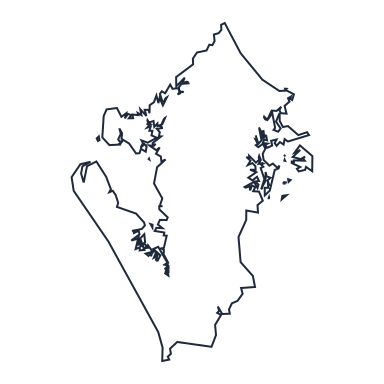 the district of Rodney Local Board Area, Auckland, New Zealand
{"feature_id": "76426892B62509674219060", "entity_name": "Rodney Local Board Area", "entity_type": "district", "adm_level": 2, "iso_a3": "NZL", "parent_name": "New Zealand", "parent_adm1": "Auckland", "projection": "equal_earth", "projection_center": [174.565, -36.497], "detail": "fine", "context": "isolated", "style": "outline", "palette": "slate", "viewbox_px": 384, "rotation_deg": 0, "n_neighbors": 0, "source": "geoboundaries", "source_scale": "gbopen_adm2", "svg_char_len": 6078}
<svg xmlns="http://www.w3.org/2000/svg" viewBox="0 0 384 384"><path d="M193.1,64.3L176.1,77.1L176.3,86.3L184.7,77.7L182.4,83.3L186.8,81.7L187.6,81.9L188.4,83.3L181.4,83.9L178.9,87.3L179.3,90.6L181.3,91.9L182.8,91.7L183.6,92.3L179.8,91.5L180.2,93.3L177.7,94.5L179.5,92.3L178.3,88.2L172.5,88.8L170.2,84.6L165.1,93.3L161.8,91.3L159.9,93.9L162.4,101.4L164.3,101.2L164.9,99.3L165.8,98.0L166.9,97.3L162.9,105.4L159.6,97.8L158.4,103.1L156.4,95.5L154.0,102.2L149.7,105.2L149.5,113.3L148.6,109.9L144.7,109.8L146.4,115.9L140.3,109.3L141.4,115.1L137.7,112.9L138.3,115.1L132.4,114.5L133.1,118.2L128.9,118.3L131.2,115.2L128.0,113.9L124.9,118.4L126.2,113.3L121.4,116.8L116.9,108.0L106.6,109.4L103.7,115.9L102.3,137.4L109.4,145.1L121.0,144.5L118.2,144.3L120.7,143.5L121.1,142.4L120.2,142.5L118.2,139.3L120.8,133.8L119.3,128.4L122.1,133.3L121.5,138.8L129.1,143.5L136.1,153.5L139.5,153.2L140.9,148.8L145.7,151.7L146.6,146.7L144.4,144.1L141.2,147.3L141.0,146.9L143.0,143.3L141.5,140.4L147.7,142.7L156.8,137.7L151.5,135.4L152.4,130.8L149.4,130.8L150.7,126.5L147.2,127.6L150.1,124.4L149.2,124.0L147.4,124.3L146.7,124.0L150.1,123.9L148.1,122.5L148.2,122.1L147.7,121.7L147.8,121.0L147.4,120.7L147.5,120.1L149.1,122.5L153.5,121.0L154.3,126.9L157.4,123.5L157.5,126.2L161.6,124.4L163.5,119.8L164.4,118.6L164.7,118.6L164.7,118.1L165.0,117.9L162.5,123.9L160.0,126.2L161.8,127.0L162.0,127.8L162.0,128.1L156.9,128.9L159.8,132.2L158.9,136.3L161.2,136.4L152.6,143.1L153.1,145.7L155.6,143.8L153.9,145.8L149.2,145.4L156.3,150.2L159.7,147.5L156.0,153.8L160.8,156.5L161.4,161.4L165.6,159.5L157.1,167.2L154.0,183.5L162.3,198.4L159.8,206.0L162.5,206.2L159.2,206.3L159.4,209.4L167.7,217.4L166.6,220.1L159.9,219.9L157.9,224.5L162.5,228.2L156.4,227.8L154.8,231.0L164.3,232.5L163.7,235.4L166.7,235.7L163.9,247.8L161.3,248.4L163.9,249.9L163.6,254.2L168.2,262.8L165.6,264.7L167.7,264.8L168.6,267.1L165.6,268.8L168.4,268.6L168.5,272.4L167.6,273.2L166.2,271.0L165.6,273.3L168.3,274.9L168.4,275.6L165.2,273.4L166.0,270.8L168.1,272.5L168.2,269.1L166.0,269.8L165.2,268.7L167.9,265.7L164.7,264.6L167.5,262.9L158.2,246.8L153.3,249.0L160.4,255.3L157.7,260.6L157.1,260.6L157.6,258.9L157.1,258.2L156.7,259.4L155.7,260.6L157.2,256.1L153.8,257.8L156.3,252.0L152.8,251.1L152.7,252.7L151.4,253.6L151.7,253.9L151.7,254.3L151.0,256.3L151.0,253.4L150.8,254.6L149.7,255.7L150.6,253.4L152.5,252.4L150.6,252.7L148.5,255.9L145.6,253.6L152.6,251.7L148.2,245.6L148.0,247.8L144.5,248.2L147.0,245.9L143.3,243.5L145.1,242.5L144.3,234.2L140.2,238.4L144.5,250.0L139.7,250.4L139.8,247.3L135.6,249.1L138.3,237.8L137.2,238.9L131.3,240.5L139.5,234.4L138.7,230.8L134.0,233.0L133.6,231.1L132.9,230.9L132.9,230.7L141.8,229.0L144.9,225.4L144.1,222.5L136.1,213.6L116.9,206.9L118.2,203.0L115.7,195.1L112.8,190.8L109.3,192.2L110.9,189.2L106.1,176.7L96.4,161.5L87.0,166.2L83.7,182.5L81.1,173.5L82.4,166.3L90.5,161.8L80.4,164.2L71.6,177.2L73.7,190.8L108.4,241.5L158.2,332.0L162.6,347.7L162.2,361.0L169.2,359.6L167.8,356.6L170.9,353.8L170.0,348.7L177.2,342.0L211.5,346.8L216.0,335.1L215.1,324.9L221.1,314.9L217.2,312.9L219.2,310.8L217.8,306.5L222.2,314.0L229.8,313.7L229.0,309.4L231.9,303.3L237.5,300.9L242.6,293.8L241.1,288.0L255.0,287.0L252.9,276.0L240.6,262.1L238.5,237.0L246.2,220.0L246.3,210.5L258.0,212.6L257.5,205.1L262.8,200.7L259.0,191.6L253.2,191.2L255.3,187.2L252.0,185.4L250.5,189.6L249.9,189.6L249.8,186.3L245.6,187.7L244.6,187.0L254.0,181.9L257.5,188.0L258.5,184.6L255.1,181.5L259.0,181.0L257.0,176.8L252.5,180.4L248.3,177.7L256.3,172.2L250.0,169.7L255.6,169.8L255.4,166.2L252.4,163.1L247.8,165.1L250.5,160.7L246.4,157.0L249.3,158.2L249.1,155.8L255.9,162.6L259.5,159.5L258.7,157.7L259.2,155.9L260.8,159.9L258.6,163.8L262.3,163.1L263.3,163.6L261.0,164.5L263.3,166.8L260.7,168.1L264.4,179.1L261.6,188.0L265.5,180.9L265.6,172.0L266.6,176.4L270.4,177.7L267.6,180.5L269.4,185.8L268.0,184.1L268.2,187.8L264.7,187.8L264.8,195.4L269.8,190.6L274.7,170.0L278.6,168.4L279.4,165.6L277.5,167.8L272.8,163.6L269.4,165.7L263.6,159.9L262.7,153.9L265.4,148.5L262.8,143.9L258.3,147.2L255.8,145.2L257.8,143.9L255.4,139.3L257.0,140.0L255.7,135.4L258.4,143.8L261.5,140.4L259.0,127.5L262.5,134.1L262.1,139.5L263.5,134.3L262.3,131.4L263.5,131.0L264.3,137.1L265.8,135.5L266.2,135.8L267.0,140.3L264.2,139.5L262.8,143.0L267.6,143.6L265.0,144.9L267.2,147.8L272.2,145.5L271.2,140.8L276.6,139.5L274.7,143.1L276.6,145.8L279.9,142.1L283.6,144.5L284.6,139.1L287.9,141.5L309.0,135.1L307.1,132.2L298.3,135.1L288.0,126.1L282.9,127.0L279.7,120.9L279.6,113.0L276.0,121.6L280.6,128.4L278.2,131.7L273.6,129.9L275.1,127.9L272.3,113.2L267.6,119.8L267.3,119.9L266.4,119.8L266.1,119.8L265.2,119.3L264.0,117.4L264.2,116.6L267.3,119.8L271.7,110.6L276.7,110.9L281.2,106.8L279.4,110.2L280.9,113.2L286.5,113.6L284.6,105.9L289.5,101.6L288.0,98.3L290.8,96.6L290.2,98.8L292.1,100.0L293.9,94.3L286.6,90.5L279.4,91.0L262.4,79.7L240.6,53.2L224.7,23.0L221.1,24.9L221.4,29.8L218.6,33.2L213.9,34.5L214.6,41.1L212.4,45.1L209.3,44.7L206.5,50.5L197.0,52.5L192.9,58.6L193.1,64.3ZM299.9,145.4L294.7,152.5L300.2,150.0L292.7,157.0L300.7,159.1L305.0,156.6L303.1,158.6L304.8,160.7L293.8,160.4L293.9,161.9L291.8,161.5L291.7,163.0L300.2,167.0L296.9,168.8L298.7,171.4L305.1,169.9L306.0,166.9L312.2,171.2L312.4,156.1L299.9,145.4ZM286.6,195.2L282.4,195.8L281.7,199.4L286.6,195.2ZM98.8,136.4L96.7,138.4L98.0,141.0L99.5,140.1L98.8,136.4ZM140.1,244.0L139.0,239.9L137.6,244.9L140.1,244.0ZM152.5,224.7L150.5,224.1L152.4,227.5L152.5,224.7ZM290.6,180.0L288.2,179.2L288.6,181.9L290.6,180.0ZM286.8,182.4L284.1,182.3L284.1,183.0L286.8,182.4ZM156.4,255.2L157.9,254.6L157.5,253.5L156.4,255.2ZM286.5,88.8L285.0,88.7L285.3,90.1L286.5,88.8ZM121.6,141.2L120.3,141.5L121.5,141.6L121.6,141.2ZM140.6,245.6L141.7,246.1L141.1,244.5L140.6,245.6ZM261.1,189.3L261.8,188.5L261.5,188.4L261.1,189.3ZM149.3,159.5L149.0,158.6L148.7,159.1L149.3,159.5ZM268.3,199.1L269.1,197.7L269.0,197.2L268.3,199.1ZM284.3,160.6L285.1,160.8L284.6,159.7L284.3,160.6ZM283.7,183.1L282.7,183.3L283.9,183.5L283.7,183.1ZM122.2,141.6L122.0,141.0L121.6,142.0L122.2,141.6ZM284.5,155.5L283.8,155.9L284.6,155.6L284.5,155.5Z" fill="none" stroke="#1e293b" stroke-width="2"/></svg>